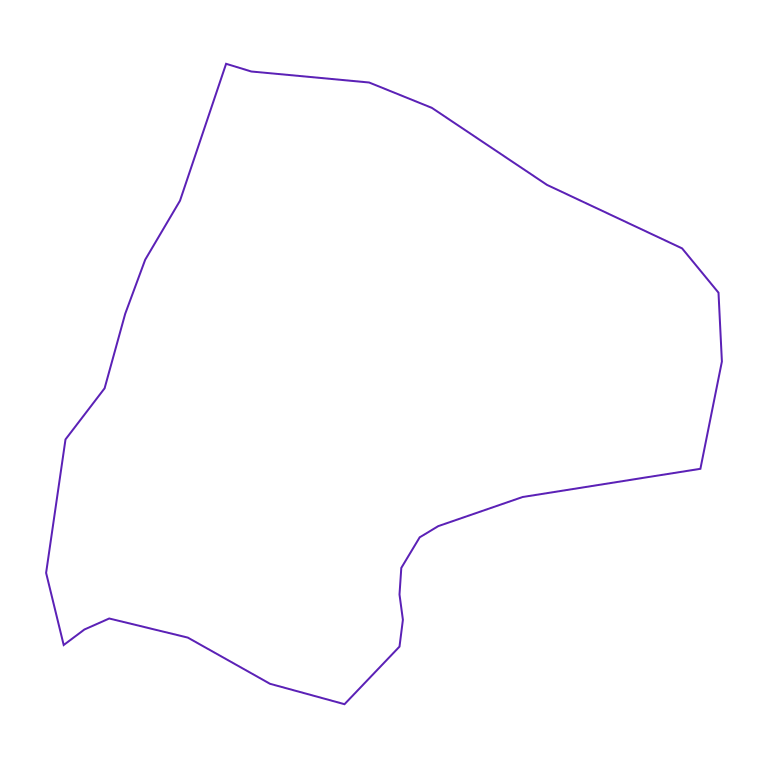 Rožaje, Natural Earth projection
{"feature_id": "MNE-1501", "entity_name": "Rožaje", "entity_type": "Municipality", "adm_level": 1, "iso_a3": "MNE", "parent_name": "Montenegro", "parent_adm1": "", "projection": "natural_earth1", "projection_center": [20.185, 42.858], "detail": "fine", "context": "isolated", "style": "outline", "palette": "violet", "viewbox_px": 768, "rotation_deg": 0, "n_neighbors": 0, "source": "natural_earth", "source_scale": "10m", "svg_char_len": 491}
<svg xmlns="http://www.w3.org/2000/svg" viewBox="0 0 768 768"><path d="M700.4,468.8L642.9,477.9L522.6,497.0L438.3,526.1L419.7,537.3L401.3,567.9L399.5,594.5L402.9,619.8L399.5,646.6L344.5,704.2L270.0,683.8L187.8,637.6L109.2,618.5L84.4,629.5L63.7,645.0L63.4,643.8L46.1,572.9L65.5,439.4L104.6,388.3L125.2,313.8L145.2,259.7L180.0,200.7L226.1,63.8L251.3,71.5L369.1,82.5L431.9,107.9L547.0,184.9L682.1,248.4L718.5,292.7L721.9,361.5L700.4,468.8Z" fill="none" stroke="#5b21b6" stroke-width="2"/></svg>